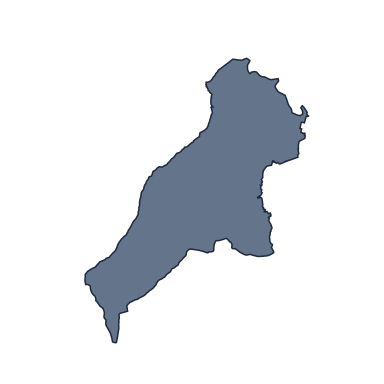 the district of Racovita, Sibiu, Romania, rotated 63°
{"feature_id": "2599482B1974711527076", "entity_name": "Racovita", "entity_type": "district", "adm_level": 2, "iso_a3": "ROU", "parent_name": "Romania", "parent_adm1": "Sibiu", "projection": "orthographic", "projection_center": [24.378, 45.642], "detail": "fine", "context": "isolated", "style": "filled", "palette": "slate", "viewbox_px": 384, "rotation_deg": 63, "n_neighbors": 0, "source": "geoboundaries", "source_scale": "gbopen_adm2", "svg_char_len": 6036}
<svg xmlns="http://www.w3.org/2000/svg" viewBox="0 0 384 384"><g transform="rotate(63 192 192)"><path d="M217.0,324.6L218.6,325.3L222.3,327.6L226.0,328.7L226.4,328.5L226.7,327.6L227.3,326.6L229.6,325.4L232.2,326.4L234.3,326.9L236.8,327.0L238.8,326.6L240.7,325.8L241.4,325.8L243.9,326.3L244.5,326.7L245.4,327.0L246.1,326.9L246.7,326.3L248.1,326.3L251.9,325.8L255.0,324.3L256.0,324.2L257.9,324.4L259.4,324.8L261.4,325.8L262.4,326.7L264.0,327.3L264.8,327.4L266.7,326.8L267.3,326.9L269.9,328.5L271.6,329.1L280.7,328.8L285.6,329.7L289.2,330.8L289.8,330.6L290.8,329.6L291.3,329.0L291.7,328.0L291.8,327.7L288.4,325.0L280.3,319.1L276.4,317.3L274.5,316.0L273.5,315.8L271.3,314.0L270.3,313.5L268.5,313.0L267.9,312.3L267.5,311.2L267.6,310.3L268.1,308.1L269.0,303.5L263.7,301.7L263.1,300.3L262.2,297.5L262.2,296.9L262.3,295.6L262.3,291.3L262.6,290.5L262.9,288.9L262.5,287.1L262.6,283.4L262.5,281.5L262.0,279.3L261.3,277.7L261.2,276.1L260.6,274.9L260.6,273.3L260.0,270.2L258.2,266.1L256.8,264.3L255.7,262.4L255.5,260.6L255.7,257.8L255.4,256.7L255.4,255.1L255.2,254.4L254.1,252.5L253.8,251.5L253.4,248.0L253.2,247.6L252.9,247.0L251.3,244.8L251.3,244.2L251.5,242.4L251.0,240.6L250.8,237.9L250.4,237.1L249.4,236.1L249.0,235.6L248.3,233.9L247.7,231.5L246.9,229.9L245.9,226.5L245.6,226.1L242.8,223.8L241.7,221.0L242.4,218.8L246.6,212.9L249.6,209.4L252.8,206.4L253.4,205.4L252.9,204.7L254.0,202.0L254.4,200.8L254.3,199.8L254.1,199.3L249.4,196.5L247.1,194.1L246.4,193.0L246.6,192.1L247.6,189.9L247.8,188.6L248.3,186.3L248.6,183.8L249.0,182.5L249.3,182.2L250.9,181.6L251.9,181.3L253.2,181.2L254.8,180.1L257.0,180.2L259.6,181.8L260.5,181.8L260.9,181.5L262.1,179.4L262.8,179.1L263.2,178.6L267.4,176.7L271.7,173.6L273.0,172.1L273.9,168.8L274.3,168.2L276.5,165.9L279.4,162.5L280.2,160.9L283.0,154.0L283.4,151.1L283.3,150.4L283.4,148.6L283.1,146.9L282.6,146.4L281.9,146.3L278.0,146.4L277.3,146.2L276.4,145.0L275.4,144.2L274.8,144.4L273.6,145.1L271.8,145.1L268.1,143.7L266.7,143.1L266.4,142.8L266.2,142.4L264.1,140.9L263.5,140.9L262.8,139.4L261.9,139.1L260.4,137.1L259.9,136.9L256.7,136.5L253.5,136.7L252.5,136.6L250.8,135.4L250.5,134.9L249.6,135.6L249.3,135.5L249.1,134.5L248.8,133.9L249.3,133.0L249.1,132.5L248.1,132.2L247.8,131.9L246.2,131.9L246.1,133.7L243.4,134.0L243.1,135.7L242.3,136.6L241.8,135.8L241.8,135.5L241.3,134.7L240.5,135.0L240.2,135.9L239.9,136.2L239.4,136.2L239.0,135.5L238.2,135.4L237.9,135.7L236.8,135.8L236.5,135.4L235.7,134.8L231.1,133.1L229.2,132.6L227.7,133.4L227.8,134.7L227.5,135.8L227.3,136.0L226.8,136.1L226.3,135.5L226.3,134.2L226.5,133.8L226.5,133.5L226.2,133.3L226.2,132.3L225.6,131.2L224.5,129.9L224.0,130.3L223.0,130.0L221.9,128.9L220.3,129.5L220.0,129.0L218.8,128.6L218.3,127.9L217.2,127.9L217.6,127.4L217.6,126.5L215.9,126.0L215.5,126.1L215.3,125.1L215.0,124.8L213.7,124.5L213.1,124.7L212.5,124.7L211.5,122.8L211.1,122.2L210.3,122.0L208.1,120.8L205.9,119.1L204.4,117.1L204.5,116.8L204.0,116.2L203.6,114.9L203.3,114.6L203.1,114.0L203.1,112.9L204.3,109.0L200.9,106.0L201.6,105.4L201.6,104.9L201.9,104.8L202.4,105.6L203.5,104.4L204.6,103.9L204.6,102.2L206.1,101.9L207.0,100.9L206.9,99.8L207.1,99.3L207.5,94.5L207.1,95.0L207.0,94.8L207.5,93.5L207.5,92.3L207.9,91.2L209.1,81.9L207.1,81.0L206.4,79.5L201.7,77.9L201.8,77.5L199.0,76.2L196.5,74.5L195.7,73.6L195.4,71.5L195.5,67.3L193.4,65.6L192.8,66.1L191.1,64.7L190.7,65.1L191.1,65.6L190.2,66.5L190.0,66.3L188.1,67.9L185.6,65.7L184.4,67.0L180.7,64.0L179.5,62.9L179.5,62.6L181.4,60.5L176.6,56.0L177.3,53.8L177.2,53.7L176.1,54.2L174.6,54.2L173.8,54.1L173.6,53.8L173.5,53.4L172.8,53.2L167.2,53.9L165.3,54.5L165.4,55.4L166.4,56.5L166.5,56.9L167.2,56.7L169.2,56.7L170.9,57.1L172.8,58.1L173.1,59.6L173.1,60.7L171.8,62.7L171.2,63.3L166.8,66.9L163.8,65.9L162.1,65.9L159.7,66.4L157.3,66.4L152.0,65.5L151.1,65.5L148.2,65.1L144.9,67.4L142.0,69.7L137.8,70.2L135.9,70.2L135.3,69.8L134.2,68.2L133.7,67.3L132.6,64.7L132.2,64.4L130.1,63.8L127.9,70.4L126.6,71.9L122.6,74.9L121.9,75.8L121.2,77.2L120.7,77.4L120.0,78.2L119.0,78.8L114.5,80.1L113.9,80.5L112.9,82.0L112.4,83.9L112.4,84.7L112.2,84.8L112.6,85.7L112.8,86.6L112.7,86.8L110.8,87.1L108.4,87.0L105.4,85.7L103.8,84.5L102.3,82.0L101.3,80.8L99.3,81.6L97.7,82.6L97.7,83.3L97.3,85.2L97.4,87.3L95.2,91.1L92.3,95.1L92.2,95.6L93.1,99.8L95.0,110.6L95.1,111.9L95.6,113.6L96.7,115.1L97.2,116.8L97.5,117.4L98.7,118.9L99.0,119.5L99.2,120.6L100.7,123.0L101.5,125.2L101.6,126.7L101.2,128.3L100.6,129.6L102.3,130.4L102.4,130.8L104.8,131.0L104.8,131.4L105.8,130.9L106.5,131.2L107.2,131.0L107.8,131.0L108.5,131.5L109.3,131.4L110.0,130.8L111.1,130.9L112.3,130.7L113.0,130.1L114.1,129.9L115.6,131.5L116.8,131.6L117.1,132.6L118.4,133.1L119.5,133.9L122.3,135.2L123.8,135.1L124.2,135.2L125.6,134.7L125.0,135.9L125.2,136.7L125.4,136.8L126.3,136.5L127.6,137.2L128.6,137.1L130.0,137.7L130.7,137.8L132.6,140.4L133.6,141.1L135.7,143.2L137.8,145.0L138.3,145.9L140.4,147.5L140.7,148.4L141.7,149.2L142.4,151.3L142.8,153.3L142.9,158.0L145.0,159.7L145.8,159.9L146.0,160.6L146.2,162.4L147.0,167.2L147.2,167.7L147.9,167.9L148.2,168.5L148.0,170.0L148.2,171.1L149.5,175.9L149.4,176.6L148.7,178.3L148.9,178.7L149.4,179.0L149.8,180.1L149.7,181.5L150.3,182.2L150.7,183.3L151.2,185.4L150.7,187.3L150.7,188.3L151.9,190.4L153.0,192.8L153.2,195.2L154.8,198.4L155.1,199.9L156.3,202.3L156.0,204.6L156.3,207.1L154.6,209.9L154.8,211.7L155.2,213.0L155.7,213.9L156.0,215.8L155.9,216.6L156.1,217.5L159.3,220.6L159.4,220.8L159.0,223.3L160.9,225.6L161.9,227.8L163.5,229.2L164.0,230.5L164.5,231.0L165.1,231.9L167.7,234.0L169.0,236.7L169.6,237.5L173.0,239.8L175.2,241.9L176.7,242.8L177.3,243.5L180.0,244.7L181.8,246.5L183.9,247.5L185.6,249.2L187.1,249.8L187.9,250.6L190.3,254.1L191.4,257.0L192.1,258.3L195.4,262.7L197.4,266.3L198.7,267.6L199.2,268.7L200.2,269.9L200.6,270.6L200.6,272.0L201.0,273.4L201.4,274.0L201.7,275.6L203.7,279.7L204.5,281.0L205.3,282.1L207.8,284.7L209.6,287.1L210.4,290.1L212.4,295.1L212.6,295.7L212.1,298.4L212.7,299.9L212.8,301.2L212.4,306.0L213.3,308.0L214.1,310.4L215.0,311.9L214.9,316.7L215.3,320.9L217.0,324.6Z" fill="#64748b" stroke="#1e293b" stroke-width="1.5"/></g></svg>